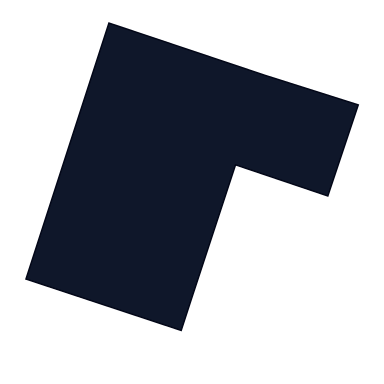 the district of Elbert, Colorado, United States of America, rotated 288°
{"feature_id": "52423323B30628973159392", "entity_name": "Elbert", "entity_type": "district", "adm_level": 2, "iso_a3": "USA", "parent_name": "United States of America", "parent_adm1": "Colorado", "projection": "equal_earth", "projection_center": [-104.244, 39.217], "detail": "fine", "context": "isolated", "style": "filled", "palette": "ink", "viewbox_px": 384, "rotation_deg": 288, "n_neighbors": 0, "source": "geoboundaries", "source_scale": "gbopen_adm2", "svg_char_len": 282}
<svg xmlns="http://www.w3.org/2000/svg" viewBox="0 0 384 384"><g transform="rotate(288 192 192)"><path d="M57.9,61.0L57.0,224.5L88.7,224.5L231.3,225.0L230.2,322.4L326.2,323.2L325.5,224.9L327.0,60.8L63.2,61.0L57.9,61.0Z" fill="#0f172a" stroke="#020617" stroke-width="1.5"/></g></svg>